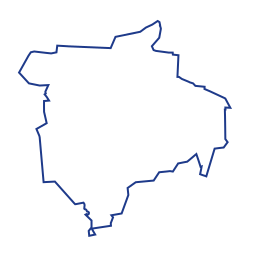 Fronteras, Sonora, Mexico, rotated 265°
{"feature_id": "50627088B83041201608583", "entity_name": "Fronteras", "entity_type": "district", "adm_level": 2, "iso_a3": "MEX", "parent_name": "Mexico", "parent_adm1": "Sonora", "projection": "mercator", "projection_center": [-109.743, 30.828], "detail": "fine", "context": "isolated", "style": "outline", "palette": "blue", "viewbox_px": 256, "rotation_deg": 265, "n_neighbors": 0, "source": "geoboundaries", "source_scale": "gbopen_adm2", "svg_char_len": 2054}
<svg xmlns="http://www.w3.org/2000/svg" viewBox="0 0 256 256"><g transform="rotate(265 128 128)"><path d="M230.7,168.6L231.2,168.0L232.0,166.9L228.9,161.2L226.5,154.6L222.8,148.6L219.9,123.5L209.1,117.7L214.6,75.4L214.7,74.9L216.2,64.7L209.6,63.3L209.0,58.0L210.0,52.8L212.4,41.2L211.9,37.8L208.7,35.2L192.7,24.3L181.1,33.2L178.0,43.7L177.7,52.4L171.5,48.9L170.8,48.8L169.6,49.1L168.8,47.9L165.9,49.8L162.2,51.7L162.2,46.7L157.7,46.3L156.6,46.2L151.4,45.8L139.9,47.4L135.0,36.7L132.8,37.4L127.9,39.0L126.3,39.2L113.2,39.2L111.4,39.2L104.0,39.2L81.4,39.2L81.0,50.5L74.3,55.5L57.8,67.8L56.7,68.7L56.7,69.4L57.5,77.1L56.4,77.8L55.4,78.0L54.6,78.0L53.7,77.8L52.9,77.6L52.3,77.6L51.7,77.4L51.1,77.6L50.9,77.8L50.8,78.2L50.7,78.5L50.5,78.9L50.2,79.2L49.9,79.4L49.6,79.5L49.3,79.6L49.0,79.7L48.8,79.8L48.6,79.9L48.4,80.1L48.3,80.4L48.2,80.6L48.0,80.9L48.0,81.0L47.9,81.1L47.8,81.3L47.6,81.4L47.3,81.6L46.9,81.7L46.4,81.6L46.0,81.5L45.8,81.4L45.6,81.1L45.6,80.9L45.4,80.7L45.2,80.5L45.2,80.3L45.2,80.1L45.2,79.9L45.3,79.8L45.6,79.6L45.8,79.4L45.5,79.1L45.2,79.1L45.2,78.9L45.3,78.7L45.5,78.3L45.4,78.1L39.0,83.6L32.1,83.0L28.9,79.9L24.0,80.0L24.4,83.4L24.7,86.0L30.9,83.1L32.1,102.5L33.9,102.5L34.4,102.6L34.9,102.6L35.8,103.1L40.3,105.3L42.5,103.9L43.4,114.2L61.2,122.5L68.3,122.4L73.3,131.0L73.4,149.0L81.2,155.2L81.3,163.0L81.4,166.0L80.7,168.9L84.4,171.8L87.7,174.4L88.3,174.8L88.9,180.1L89.3,184.1L96.1,193.8L89.6,195.4L83.0,196.9L83.3,198.0L80.0,197.1L75.7,195.8L74.9,197.5L74.4,198.6L73.7,200.3L73.0,201.8L77.1,203.4L99.9,212.5L100.1,217.0L100.2,221.1L100.2,221.6L105.2,226.0L108.5,224.0L120.4,224.9L131.4,225.7L136.4,226.0L137.1,226.1L137.9,226.1L137.9,226.7L139.9,226.8L139.2,231.7L148.9,227.5L149.5,226.6L157.5,212.7L160.2,207.6L162.4,207.9L164.1,198.8L166.8,196.7L168.1,193.5L168.7,192.6L172.2,185.9L174.4,183.3L174.6,181.7L196.1,184.6L197.2,179.1L199.2,179.1L199.6,175.0L202.4,162.5L203.4,160.3L207.4,158.9L215.2,167.0L224.0,169.4L225.7,169.2L227.1,168.7L227.5,169.0L228.9,168.8L230.7,168.6Z" fill="none" stroke="#1e3a8a" stroke-width="2"/></g></svg>